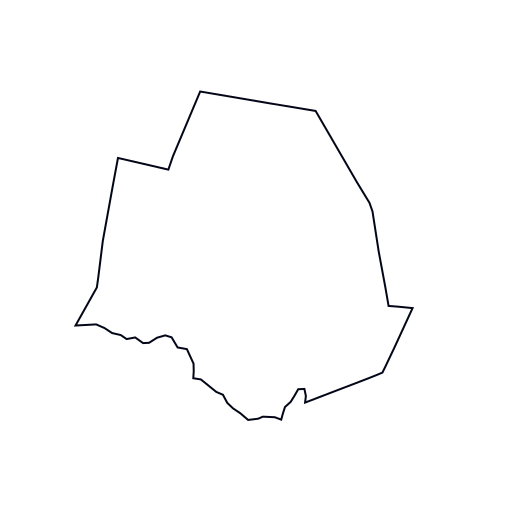 outline of Curral Velho, Paraíba, Brazil, rotated 302°
{"feature_id": "56859067B57325198781008", "entity_name": "Curral Velho", "entity_type": "district", "adm_level": 2, "iso_a3": "BRA", "parent_name": "Brazil", "parent_adm1": "Paraíba", "projection": "equal_earth", "projection_center": [-38.205, -7.54], "detail": "fine", "context": "isolated", "style": "outline", "palette": "ink", "viewbox_px": 512, "rotation_deg": 302, "n_neighbors": 0, "source": "geoboundaries", "source_scale": "gbopen_adm2", "svg_char_len": 884}
<svg xmlns="http://www.w3.org/2000/svg" viewBox="0 0 512 512"><g transform="rotate(302 256 256)"><path d="M101.4,139.8L113.3,156.7L114.6,165.6L114.4,174.8L117.3,183.2L117.0,190.3L122.9,196.7L122.3,206.4L125.7,211.3L134.3,215.4L140.6,221.1L142.3,227.5L136.9,238.0L140.4,246.7L131.6,260.1L125.2,264.3L119.1,267.6L122.1,274.6L119.7,294.4L120.8,301.5L116.2,309.5L114.6,317.3L114.3,326.2L112.8,336.2L119.1,344.0L123.4,347.0L129.2,357.3L130.6,364.1L136.2,362.4L143.3,360.6L150.6,362.7L157.4,362.7L165.4,362.4L168.9,367.5L163.7,372.5L157.7,375.3L211.8,416.1L218.6,421.1L224.1,425.0L231.0,424.3L252.5,421.8L294.8,416.4L288.1,402.9L283.9,394.9L298.2,382.1L324.8,357.7L355.5,331.2L361.2,324.1L372.1,302.4L410.6,229.7L392.3,185.7L365.9,121.5L296.6,132.7L282.8,135.9L266.0,87.0L239.8,97.3L187.6,118.1L154.0,133.7L145.0,137.7L101.4,139.8Z" fill="none" stroke="#020617" stroke-width="2"/></g></svg>